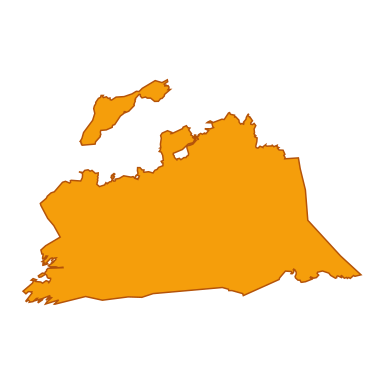 Levanger nor, Nord-Trøndelag, Norway (Mercator projection)
{"feature_id": "86288312B82574062898212", "entity_name": "Levanger nor", "entity_type": "district", "adm_level": 2, "iso_a3": "NOR", "parent_name": "Norway", "parent_adm1": "Nord-Trøndelag", "projection": "mercator", "projection_center": [11.15, 63.689], "detail": "fine", "context": "isolated", "style": "filled", "palette": "amber", "viewbox_px": 384, "rotation_deg": 0, "n_neighbors": 0, "source": "geoboundaries", "source_scale": "gbopen_adm2", "svg_char_len": 5916}
<svg xmlns="http://www.w3.org/2000/svg" viewBox="0 0 384 384"><path d="M252.5,120.8L249.8,116.8L249.1,116.5L249.7,117.2L249.6,117.3L249.5,117.5L249.4,117.5L249.2,117.6L249.7,117.2L247.8,115.4L247.4,115.8L248.1,114.7L249.1,114.0L248.0,114.4L246.4,117.2L245.9,119.4L243.5,122.2L243.9,122.7L243.6,124.2L241.9,123.5L240.6,124.1L239.2,122.3L238.9,120.1L235.7,116.8L234.8,117.1L234.0,116.9L234.7,116.9L234.6,115.2L230.4,114.3L229.6,112.6L228.5,113.0L224.2,119.5L221.9,119.2L213.2,122.5L210.2,120.9L207.6,122.2L207.0,122.7L211.8,122.9L212.7,126.4L213.6,127.6L210.2,128.8L204.8,128.7L208.6,130.6L205.9,133.8L204.7,133.0L204.3,133.2L205.1,133.9L203.6,133.5L202.4,134.3L200.7,133.4L198.6,134.7L198.3,135.1L198.9,135.5L198.4,136.2L196.1,136.8L198.0,138.3L198.3,139.3L197.9,139.5L197.2,137.8L195.8,137.1L195.7,135.0L194.7,135.0L194.9,135.7L194.2,136.5L194.7,137.7L195.8,138.0L195.6,139.5L196.2,140.4L192.9,144.1L190.2,145.2L190.0,144.0L189.9,145.2L187.0,145.9L186.9,147.8L188.6,153.5L188.3,155.4L186.6,156.4L186.1,157.5L183.9,157.6L180.9,159.7L179.4,158.3L177.4,158.9L176.8,159.5L177.0,159.8L176.9,160.6L176.9,159.8L174.5,157.5L174.0,155.5L173.2,154.7L173.3,153.3L182.4,149.5L188.4,143.9L193.0,142.7L194.6,139.9L194.4,138.6L192.7,137.6L193.3,136.4L190.8,134.9L191.5,133.6L188.7,129.9L189.9,128.1L187.8,127.7L186.4,125.7L183.2,127.1L182.4,128.7L172.1,133.5L171.0,133.6L171.7,132.4L167.5,130.7L162.2,133.1L160.6,135.5L161.3,138.1L160.4,144.3L160.8,147.6L160.1,148.0L160.6,148.1L160.4,149.7L159.2,151.5L161.2,152.1L162.7,155.4L163.3,160.4L161.2,161.3L162.1,162.9L163.0,163.0L162.9,165.7L158.6,167.4L157.1,169.4L154.8,170.3L153.0,173.0L148.6,171.7L144.0,172.3L143.5,171.9L144.0,170.0L142.0,169.9L140.0,167.6L137.6,167.6L137.4,170.8L138.0,173.0L137.7,174.2L135.9,175.6L137.1,175.1L139.4,176.1L138.0,179.2L138.0,178.5L137.3,178.5L137.5,179.3L134.8,178.3L135.9,176.3L135.7,176.1L134.7,178.0L133.1,176.6L131.0,177.1L123.7,175.8L119.2,178.4L115.5,179.1L115.1,179.5L115.5,180.1L115.3,180.8L113.9,181.2L112.3,179.8L114.1,177.7L113.8,177.0L114.3,176.5L113.2,175.8L114.8,174.1L114.0,173.5L111.5,175.5L111.3,176.6L111.9,177.1L111.1,177.6L112.3,179.1L111.3,181.6L109.5,181.9L107.2,183.8L106.8,183.6L107.3,183.5L107.7,183.0L106.6,183.4L105.9,182.7L104.6,184.9L99.5,186.6L96.8,184.3L97.8,180.1L97.4,179.5L98.0,177.8L97.5,176.5L98.1,175.5L98.2,172.9L95.4,173.4L92.0,170.4L90.1,171.2L88.1,169.8L84.7,170.4L83.0,172.5L78.9,171.8L82.1,173.1L82.6,174.6L82.3,177.8L80.7,181.0L71.1,180.3L70.3,180.8L70.6,182.2L69.7,183.1L65.5,181.3L62.5,182.3L54.3,191.8L51.0,192.9L47.3,196.2L46.3,198.3L40.3,203.4L40.9,205.5L47.7,218.4L53.8,225.6L60.2,237.1L45.8,245.6L40.9,250.0L41.9,254.0L43.2,254.2L42.5,258.2L42.8,258.9L45.0,257.7L46.0,255.9L47.5,256.1L46.1,258.4L42.1,261.6L43.8,262.0L43.2,263.0L44.2,263.0L43.5,263.9L44.5,263.9L42.3,265.5L47.8,263.9L46.6,262.6L50.5,258.5L52.2,257.9L52.8,258.7L51.2,261.0L54.0,258.1L56.0,257.9L55.4,258.5L55.9,259.2L55.6,259.8L52.4,262.0L53.4,262.1L53.1,262.4L48.4,265.8L50.2,266.8L56.0,266.8L58.3,267.7L62.9,267.2L63.0,267.7L48.1,268.3L46.6,269.8L46.5,271.0L45.3,272.0L44.9,273.3L42.3,273.1L38.3,275.9L39.1,277.3L41.3,276.9L45.4,274.3L46.7,275.1L47.2,277.1L48.2,278.2L50.6,278.3L50.7,279.1L49.9,281.1L48.4,283.3L48.8,281.6L46.1,280.7L42.5,283.2L40.8,282.0L35.7,281.5L34.9,281.0L36.4,279.8L33.1,278.6L31.2,280.2L33.6,280.7L32.5,283.1L23.0,291.2L25.9,293.8L28.4,291.6L31.6,291.8L31.2,292.3L32.0,293.1L25.9,301.0L26.4,301.5L28.4,300.1L29.8,301.6L29.4,302.2L33.0,301.6L36.4,298.5L37.3,298.4L35.7,300.5L42.6,298.5L39.5,300.2L38.3,301.6L38.1,302.4L38.4,302.6L42.4,299.9L43.2,298.2L50.2,295.5L45.9,300.2L50.4,297.3L51.6,297.7L46.7,302.1L45.5,304.0L58.7,300.0L54.3,304.1L54.8,304.2L85.6,296.5L102.4,300.2L128.1,296.9L141.9,297.3L153.1,293.6L222.3,287.5L228.4,289.2L228.8,290.6L232.1,290.6L242.7,293.6L243.3,295.6L279.1,279.5L279.6,277.9L285.4,271.1L291.2,271.5L291.8,272.4L291.0,273.6L292.1,273.8L293.4,272.7L293.9,271.0L293.2,269.8L293.7,269.1L294.9,269.8L296.2,272.2L296.2,274.1L295.1,276.5L295.5,277.9L297.9,280.1L300.2,280.3L300.7,281.9L301.7,282.3L305.6,281.7L312.4,279.0L312.4,277.9L310.9,278.3L310.2,277.6L310.7,276.9L313.7,278.2L316.4,277.6L318.7,275.1L317.1,273.5L317.6,272.2L322.5,271.0L328.8,273.1L330.6,275.4L335.4,278.2L336.7,277.7L336.8,276.4L337.8,275.9L341.6,277.6L342.2,276.7L340.8,276.2L341.6,275.6L344.3,278.2L346.7,277.4L347.3,278.4L348.7,277.5L350.3,278.4L353.6,275.5L354.9,276.3L361.0,274.8L340.5,255.9L307.8,220.3L305.4,189.9L300.2,168.7L298.4,157.9L284.7,158.8L285.1,157.5L283.8,155.3L284.9,154.3L283.1,150.2L279.1,150.0L277.7,148.4L278.9,147.6L276.9,146.6L277.2,145.3L273.9,146.7L272.2,145.2L271.8,145.9L266.9,146.2L265.5,145.5L265.7,144.7L262.9,146.8L262.9,147.5L260.0,146.2L257.9,148.2L256.2,147.6L255.7,146.3L256.8,141.8L257.1,137.9L255.1,137.1L255.7,135.9L254.6,135.9L254.9,134.7L254.0,133.8L254.5,132.7L254.1,129.0L255.8,125.6L254.1,123.4L252.5,124.6L250.8,124.2L250.7,123.0L252.5,120.8ZM167.3,79.8L162.0,82.6L155.2,80.6L142.3,88.3L139.1,91.5L136.3,91.3L132.0,93.9L124.1,96.6L116.1,97.1L111.5,100.1L110.2,99.7L110.0,98.0L108.2,98.4L106.4,96.8L103.4,97.6L102.6,96.6L103.3,95.4L101.1,95.4L100.5,97.4L98.4,98.4L95.7,102.4L95.8,103.6L94.4,105.9L93.7,108.6L94.8,113.4L92.6,120.4L83.6,132.5L81.9,138.5L80.1,141.5L80.9,141.8L80.9,143.0L81.6,143.4L81.5,144.6L82.2,145.2L95.1,144.1L95.6,141.8L100.2,136.7L100.2,135.4L100.8,134.7L100.3,132.0L100.8,130.4L106.3,129.9L112.2,127.3L112.3,126.1L113.1,125.0L114.7,124.6L120.4,116.0L123.6,113.6L124.3,111.6L125.2,111.7L124.9,112.8L128.8,111.2L134.1,105.7L134.3,105.0L133.9,104.5L135.3,101.0L134.9,100.1L135.6,99.1L135.4,98.5L139.1,94.3L140.3,94.5L140.3,96.0L142.0,97.9L145.6,97.0L147.2,98.1L150.6,98.1L154.6,101.4L158.4,101.3L160.5,98.7L162.1,98.4L164.3,96.0L164.5,94.5L170.3,89.5L168.0,89.6L168.8,88.6L169.0,87.0L167.8,86.0L168.7,85.6L165.3,85.9L165.7,85.3L164.8,85.4L164.9,84.2L164.3,84.0L167.7,81.7L167.3,79.8Z" fill="#f59e0b" stroke="#b45309" stroke-width="1.5"/></svg>